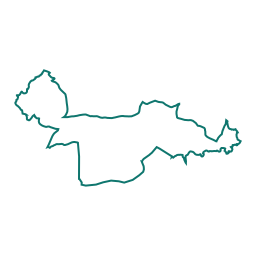 Cap Estate, Gros Islet, Saint Lucia (Albers equal-area conic projection)
{"feature_id": "8701671B23372433445877", "entity_name": "Cap Estate", "entity_type": "district", "adm_level": 2, "iso_a3": "LCA", "parent_name": "Saint Lucia", "parent_adm1": "Gros Islet", "projection": "albers", "projection_center": [-60.931, 14.095], "detail": "fine", "context": "isolated", "style": "outline", "palette": "teal", "viewbox_px": 256, "rotation_deg": 0, "n_neighbors": 0, "source": "geoboundaries", "source_scale": "gbopen_adm2", "svg_char_len": 5734}
<svg xmlns="http://www.w3.org/2000/svg" viewBox="0 0 256 256"><path d="M81.6,184.7L85.8,185.6L96.0,184.6L103.2,182.3L111.1,180.6L118.9,181.3L124.2,182.6L132.7,179.9L139.3,175.2L143.2,171.8L143.9,169.4L143.8,168.9L143.9,169.8L143.8,167.6L143.6,166.1L143.2,165.2L141.9,162.0L142.1,162.1L142.0,161.4L142.6,160.2L143.7,158.9L149.5,154.8L150.3,154.0L151.5,153.1L152.1,152.5L156.7,147.1L159.7,148.7L169.7,155.0L171.5,156.1L172.0,156.4L171.8,157.1L172.3,156.7L173.2,157.6L175.2,156.0L175.8,155.9L176.7,155.2L177.6,154.9L178.5,154.8L179.3,154.9L180.0,154.7L182.3,154.9L182.6,155.0L182.7,156.4L182.8,156.9L183.9,158.0L184.4,160.0L185.0,161.3L185.6,162.6L185.9,163.0L185.9,162.4L186.0,161.4L185.5,157.4L185.7,156.1L185.8,155.9L186.4,155.4L186.9,155.1L187.6,154.8L187.8,154.6L188.9,152.7L189.4,152.1L190.1,151.5L190.6,151.4L191.7,151.6L192.9,151.9L193.9,152.6L195.2,154.1L195.7,154.4L196.4,154.7L197.0,154.8L198.8,154.9L199.4,154.8L200.2,154.2L200.5,154.3L200.9,154.9L201.2,156.0L201.6,156.4L202.2,156.5L202.9,156.2L203.6,155.1L203.8,154.1L203.6,153.8L203.3,153.7L203.0,153.3L203.4,152.2L203.8,151.8L205.8,150.6L206.2,150.5L206.7,150.5L207.9,151.3L208.9,151.6L209.4,151.1L211.2,151.1L211.6,151.3L214.1,151.0L216.3,151.1L216.7,150.7L217.1,150.6L217.9,151.0L218.4,151.4L219.0,151.6L219.7,151.6L220.0,151.4L220.5,150.9L220.6,150.6L220.5,149.2L221.3,148.2L221.5,148.0L223.2,148.0L224.8,148.3L225.2,148.6L225.0,149.2L224.6,150.8L224.8,150.9L225.1,151.0L225.5,151.8L226.2,152.4L226.3,153.3L226.5,153.7L227.6,153.6L228.1,153.3L229.3,152.0L229.2,151.8L228.5,151.6L228.7,151.2L229.3,151.2L230.5,151.6L231.2,151.5L231.4,151.4L231.7,151.1L232.4,149.4L232.3,148.9L232.0,148.3L232.2,147.8L232.0,147.3L231.1,147.3L230.9,147.0L232.1,146.5L232.7,146.0L232.9,145.8L232.7,145.1L232.8,145.0L234.1,145.0L234.7,144.7L235.5,144.8L236.7,145.3L237.0,145.2L236.9,145.0L236.5,144.5L236.5,144.2L236.8,144.0L237.9,144.1L238.6,143.9L239.8,142.8L240.6,141.2L239.9,140.9L239.4,140.5L237.8,139.7L237.6,139.5L237.3,138.1L236.7,136.9L236.5,134.8L236.5,134.5L236.8,133.8L236.9,132.8L237.0,132.5L237.7,132.4L237.1,131.3L236.5,130.6L235.9,130.0L235.5,129.2L234.8,129.4L234.1,129.8L233.8,129.9L233.0,129.4L231.9,129.6L231.5,129.6L231.0,129.1L230.0,129.0L229.0,128.4L228.5,127.6L227.9,125.9L227.2,122.4L227.5,121.3L227.2,121.0L226.2,120.2L225.7,124.1L224.6,125.8L223.3,128.9L223.1,129.7L222.7,130.3L222.6,130.8L222.4,131.3L222.2,132.2L221.9,133.6L221.8,134.2L221.7,134.4L221.0,134.8L219.8,136.0L218.2,137.9L217.6,139.2L216.9,140.3L216.6,140.7L216.5,141.3L216.1,141.3L213.5,139.9L209.6,138.2L207.4,137.0L206.8,136.5L205.7,135.4L205.4,134.7L205.3,131.4L205.0,130.3L205.0,129.6L204.8,128.8L204.6,128.4L204.2,127.9L200.7,126.3L199.4,125.9L198.0,125.8L197.6,125.5L195.9,123.1L192.9,120.8L192.6,120.7L190.8,120.1L188.2,120.2L184.6,119.9L180.9,118.8L178.1,118.1L177.5,117.8L177.1,117.4L176.5,113.9L176.5,112.1L176.5,111.6L176.8,110.3L177.2,108.9L177.6,107.0L178.1,105.4L179.2,104.5L179.2,103.8L178.7,103.9L178.0,104.2L175.6,105.7L174.9,106.0L174.4,106.0L172.3,107.0L171.2,107.2L169.9,106.8L166.1,104.9L165.7,104.7L163.2,102.7L162.0,102.3L160.6,102.2L158.4,101.9L155.1,100.7L149.9,102.7L147.3,104.0L146.2,103.9L145.5,103.7L143.7,102.7L142.8,102.1L142.7,102.0L142.2,102.6L140.0,106.5L139.3,111.3L139.0,112.1L138.6,112.9L137.5,113.7L134.5,115.2L133.6,115.5L132.4,116.0L131.5,116.3L128.8,116.4L124.0,116.2L123.1,116.0L121.0,116.1L118.9,116.5L114.8,117.5L114.1,117.6L111.8,118.1L107.4,117.9L105.4,117.5L104.3,117.5L102.5,117.8L101.5,117.7L100.4,117.5L97.7,116.4L96.8,116.2L93.6,116.3L91.8,116.1L90.9,116.2L90.3,116.2L85.8,114.5L83.2,114.6L79.4,115.2L77.1,115.8L73.8,116.3L71.5,116.4L67.7,117.1L63.8,117.1L64.8,116.4L65.9,114.8L67.0,112.5L67.3,111.6L67.5,109.1L67.2,106.1L66.8,103.5L66.2,98.0L65.5,94.6L65.2,94.0L61.6,90.6L60.6,89.6L59.3,87.8L58.8,86.3L58.5,85.3L58.2,84.8L57.3,83.8L55.8,82.5L55.1,82.1L52.8,81.4L52.0,81.0L51.8,80.7L53.6,79.5L54.3,79.0L54.5,78.7L54.3,78.2L53.8,78.0L52.3,77.8L51.5,77.4L50.6,76.7L50.2,76.2L49.2,75.2L48.8,74.6L48.7,74.1L48.9,73.7L49.8,72.8L49.6,72.6L48.8,72.1L46.8,71.3L44.0,70.4L43.5,71.3L42.7,72.3L42.6,72.7L42.3,73.2L41.9,73.4L41.8,74.1L40.8,74.7L40.6,75.3L39.5,75.6L39.3,76.0L38.7,76.6L37.7,76.6L37.4,76.8L37.1,76.8L36.3,77.3L35.5,77.3L35.4,77.6L35.6,78.1L35.2,78.4L35.1,78.8L33.6,79.9L33.0,80.3L32.6,80.5L31.9,80.5L31.5,80.7L31.0,81.2L30.7,81.3L30.3,81.8L29.1,83.7L28.7,85.0L28.9,86.9L28.6,87.8L27.8,89.1L27.6,89.1L27.4,88.9L27.1,89.1L27.0,89.8L27.0,91.4L26.7,92.3L26.3,92.7L25.7,93.1L25.1,93.3L23.9,93.4L22.4,92.6L22.2,92.4L22.1,91.9L21.8,91.7L21.5,91.7L21.3,91.9L21.2,92.3L20.8,92.7L20.0,94.3L19.6,94.6L19.2,95.1L18.6,95.3L17.5,95.2L16.9,95.3L16.9,95.6L17.7,96.4L18.0,96.8L18.0,97.5L17.8,98.0L17.4,99.3L17.1,99.5L16.4,99.9L16.3,100.1L16.4,100.8L16.3,101.2L15.9,102.0L15.5,102.3L15.4,102.5L15.4,103.1L15.5,103.6L16.1,104.7L17.2,105.7L17.6,105.9L18.0,106.2L19.6,107.8L20.1,108.4L20.8,109.7L21.8,110.1L22.1,110.4L22.6,113.6L25.7,114.3L26.1,114.6L25.9,114.6L26.6,116.1L26.9,117.1L26.9,118.9L27.0,119.3L27.2,119.6L29.0,120.3L29.7,120.0L31.4,118.1L32.7,116.1L34.2,115.0L34.9,116.6L35.2,116.5L35.3,116.7L36.2,117.9L36.9,118.3L38.6,118.3L39.1,118.5L38.8,121.1L38.9,121.8L39.1,122.7L39.5,123.5L40.3,124.3L41.9,125.4L43.4,126.1L45.6,126.8L46.3,126.9L48.1,126.5L49.1,126.5L50.3,127.1L55.5,128.8L58.3,129.1L57.9,130.4L54.4,133.2L53.8,133.9L53.0,135.1L52.3,136.3L48.7,144.7L47.5,147.1L48.0,146.9L49.3,147.5L49.8,147.8L51.0,146.5L50.9,146.6L52.9,146.0L53.7,145.4L54.8,145.0L56.1,144.3L56.8,144.1L59.1,144.2L59.6,144.1L61.9,143.9L63.1,144.3L63.9,144.9L64.3,145.0L64.7,145.0L65.1,145.0L67.9,144.2L71.8,142.4L73.0,142.1L73.9,142.0L74.7,142.0L77.5,142.5L77.9,142.7L79.1,156.4L79.0,178.8L79.3,178.8L81.7,182.4L81.6,184.7Z" fill="none" stroke="#0f766e" stroke-width="2"/></svg>